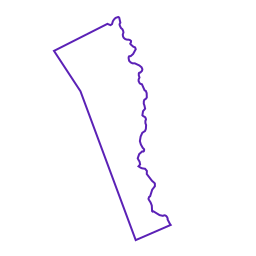 outline of Newton, Texas, United States of America, rotated 337°
{"feature_id": "52423323B15615503962810", "entity_name": "Newton", "entity_type": "district", "adm_level": 2, "iso_a3": "USA", "parent_name": "United States of America", "parent_adm1": "Texas", "projection": "orthographic", "projection_center": [-93.622, 30.715], "detail": "fine", "context": "isolated", "style": "outline", "palette": "violet", "viewbox_px": 256, "rotation_deg": 337, "n_neighbors": 0, "source": "geoboundaries", "source_scale": "gbopen_adm2", "svg_char_len": 1752}
<svg xmlns="http://www.w3.org/2000/svg" viewBox="0 0 256 256"><g transform="rotate(337 128 128)"><path d="M157.9,93.3L157.9,93.2L156.6,92.1L156.2,91.1L156.1,88.9L156.8,87.4L158.3,86.0L158.5,83.8L159.2,82.1L159.7,81.6L160.2,81.5L160.5,81.6L161.0,81.8L163.3,80.8L164.2,79.5L164.2,77.4L162.9,74.9L159.6,71.2L157.5,70.3L156.1,68.7L155.3,66.6L155.7,64.5L156.1,63.4L156.5,62.8L157.1,62.4L158.5,62.9L161.6,61.9L165.9,58.5L166.0,57.1L165.9,56.4L164.7,55.3L163.2,52.2L163.0,51.3L163.6,50.8L164.3,50.1L164.8,49.1L164.2,47.9L163.2,47.0L161.5,46.2L160.2,45.1L159.3,43.3L159.2,41.9L159.6,40.1L161.2,38.2L161.5,36.4L161.4,34.8L160.6,33.2L160.5,31.6L160.5,30.3L160.7,29.3L161.4,28.5L162.1,28.1L163.0,23.1L162.7,22.3L162.4,22.0L159.7,21.8L159.0,22.0L157.4,22.7L155.8,23.8L153.9,26.1L152.1,26.5L150.1,24.5L149.8,24.1L90.0,28.1L98.6,75.6L91.3,234.2L129.4,233.9L129.1,232.6L128.7,227.7L129.1,226.9L129.2,225.6L128.8,224.0L128.3,223.3L127.7,222.7L126.9,222.5L125.8,222.5L123.0,220.5L118.8,214.6L118.0,214.6L117.7,213.9L119.6,208.7L119.7,205.4L119.1,201.8L119.3,201.0L120.5,199.7L121.7,199.5L122.7,198.3L126.2,194.2L130.0,192.1L131.0,189.7L130.9,189.0L129.4,185.9L127.3,177.7L128.6,174.9L127.8,172.2L125.2,170.6L124.2,169.6L122.7,167.4L124.9,166.3L125.5,163.5L125.2,161.4L125.1,159.7L128.1,156.4L131.9,155.1L132.6,155.5L133.0,155.7L133.6,155.5L134.2,154.7L134.5,153.9L134.3,153.2L133.8,152.0L133.4,148.2L133.8,144.7L136.3,140.8L139.3,138.0L142.5,137.4L144.1,135.8L145.8,132.4L145.9,130.4L146.8,128.2L147.8,127.3L148.1,126.1L148.0,124.8L146.5,122.7L146.2,121.9L148.4,118.4L151.3,116.9L151.9,113.8L152.0,111.8L153.0,109.6L154.1,108.4L155.9,108.1L157.0,107.4L157.3,107.1L158.8,103.2L158.9,100.9L158.0,99.8L157.9,93.3Z" fill="none" stroke="#5b21b6" stroke-width="2"/></g></svg>